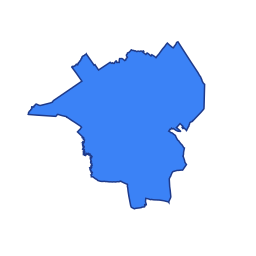 outline of Balint, Timis, Romania, rotated 158°
{"feature_id": "2599482B87339498745971", "entity_name": "Balint", "entity_type": "district", "adm_level": 2, "iso_a3": "ROU", "parent_name": "Romania", "parent_adm1": "Timis", "projection": "mercator", "projection_center": [21.883, 45.829], "detail": "fine", "context": "isolated", "style": "filled", "palette": "blue", "viewbox_px": 256, "rotation_deg": 158, "n_neighbors": 0, "source": "geoboundaries", "source_scale": "gbopen_adm2", "svg_char_len": 5798}
<svg xmlns="http://www.w3.org/2000/svg" viewBox="0 0 256 256"><g transform="rotate(158 128 128)"><path d="M152.3,206.4L152.7,205.9L153.2,205.9L154.1,205.4L154.4,205.4L154.7,205.6L155.8,205.3L156.1,205.8L156.5,206.0L156.9,205.9L157.3,205.5L155.4,198.2L153.2,188.7L186.6,181.4L187.7,180.9L188.4,180.3L188.8,180.3L190.5,180.3L200.8,181.7L201.4,182.0L202.1,182.5L203.8,184.3L204.2,184.6L205.1,184.5L206.0,183.7L206.7,183.7L207.4,183.2L207.5,182.8L208.0,182.9L208.8,183.5L209.3,183.7L209.6,183.3L209.6,182.6L210.0,181.9L211.1,181.6L211.7,180.9L213.1,180.5L214.5,179.4L214.7,179.2L214.9,178.3L215.4,178.1L215.3,177.9L208.1,174.3L190.7,165.9L189.9,166.1L188.4,167.0L187.9,166.9L184.5,164.2L180.8,161.6L180.8,161.0L180.5,161.0L180.1,160.2L179.7,159.7L177.4,156.2L175.5,153.6L171.2,147.3L170.8,146.1L172.1,145.4L172.9,144.7L173.7,144.5L176.3,143.3L173.5,137.0L174.1,136.3L174.0,135.9L173.8,135.8L173.2,136.2L172.8,135.8L172.8,135.1L173.4,134.5L173.6,134.2L172.8,133.1L173.6,132.2L173.8,131.5L174.3,131.6L174.8,132.0L174.8,131.5L175.5,131.4L175.0,131.1L174.8,130.7L175.3,130.5L175.7,130.1L176.0,130.2L176.3,129.9L176.3,129.7L175.8,128.5L175.9,128.3L176.6,128.4L176.6,127.6L176.4,127.3L175.7,127.0L175.8,126.7L176.1,126.6L176.2,126.9L176.5,127.0L176.8,126.5L177.3,126.2L177.0,125.9L177.0,125.6L177.2,125.4L177.9,125.1L177.4,124.6L176.7,124.5L176.6,124.3L177.0,124.0L177.0,123.1L177.7,123.1L177.3,122.6L177.3,122.3L178.1,122.2L177.8,121.1L178.0,121.0L178.3,121.4L178.7,121.4L178.4,120.6L179.2,120.4L179.3,120.1L178.9,120.0L178.6,119.1L178.2,118.8L178.2,119.6L178.1,119.8L177.8,119.6L177.8,119.0L177.4,118.7L177.0,118.8L177.1,119.2L176.7,119.4L176.5,119.7L176.5,119.2L175.6,118.9L175.5,119.1L175.6,119.4L175.2,119.3L175.0,119.9L175.0,119.5L174.6,119.5L174.5,119.1L173.6,119.2L173.9,119.0L174.0,118.8L174.8,118.6L174.8,118.2L174.5,117.7L174.0,117.6L173.7,117.7L173.6,118.2L173.1,118.2L173.1,117.8L173.4,117.5L173.6,117.1L173.6,116.5L173.2,116.2L172.8,116.7L172.5,116.1L172.9,115.7L172.9,115.4L172.1,115.1L172.0,114.4L172.3,114.8L172.6,114.5L173.2,114.8L173.3,114.6L173.3,114.4L173.0,114.2L173.1,113.9L173.3,113.9L174.0,114.5L174.1,114.0L174.4,113.8L174.5,113.2L174.3,111.8L174.8,111.5L175.0,111.2L174.7,110.4L175.3,110.4L175.6,109.9L175.4,108.4L175.0,108.2L175.5,107.5L175.3,106.9L175.5,106.8L176.1,106.9L176.4,106.8L176.4,106.6L176.2,106.3L176.6,106.2L176.5,105.8L176.5,105.2L176.9,105.2L177.1,104.8L177.9,105.5L178.4,105.5L178.4,104.6L178.2,104.5L177.9,104.8L177.8,104.3L177.9,104.2L178.4,104.1L178.6,104.0L178.4,103.6L178.7,102.8L178.3,102.6L178.3,101.8L178.8,101.3L178.7,101.1L177.9,100.6L177.8,100.2L178.6,99.9L178.6,99.5L178.7,99.2L178.8,98.7L180.0,98.4L179.8,97.9L179.9,97.0L180.2,96.8L180.3,96.5L179.6,96.3L178.9,95.9L177.8,94.1L177.1,92.9L176.3,92.2L175.6,90.4L175.6,90.6L175.0,90.1L174.8,90.1L173.8,89.1L172.2,88.2L169.6,87.3L168.8,86.7L167.9,86.4L165.6,85.1L164.5,84.7L162.2,83.6L161.4,83.5L159.8,82.6L158.1,82.3L156.4,81.5L155.1,81.7L154.9,81.3L154.2,81.0L154.2,80.8L152.8,79.2L150.3,76.6L149.6,76.0L149.6,75.9L149.9,75.3L150.6,73.7L150.6,72.8L151.6,69.4L152.7,64.7L154.6,55.0L154.6,53.3L152.4,50.7L150.8,50.6L147.1,49.6L145.3,49.2L144.7,49.4L142.2,48.7L141.3,49.5L141.5,50.3L141.2,50.7L139.8,50.0L139.7,50.3L139.4,53.1L137.9,56.1L135.7,54.7L134.1,53.2L133.1,53.0L131.1,51.8L125.8,49.4L121.8,47.0L118.2,44.3L118.0,43.6L117.7,44.4L117.2,45.0L114.6,47.4L114.0,48.4L112.3,54.1L111.3,58.1L108.8,65.4L107.1,67.0L106.3,67.5L105.6,68.4L103.7,70.2L102.9,70.6L102.3,70.7L98.4,70.3L96.8,69.7L94.3,69.0L93.1,68.5L87.5,72.2L88.1,75.0L87.9,75.7L87.7,77.1L87.5,80.2L87.6,81.2L87.3,81.2L87.1,81.8L86.4,82.8L85.5,84.8L83.2,88.3L83.6,88.7L83.8,89.1L83.9,90.3L84.3,92.3L84.9,93.5L85.3,94.9L85.7,96.3L85.8,97.2L86.5,98.2L86.9,101.9L86.8,102.7L87.0,103.6L87.6,104.6L88.0,105.0L88.2,105.7L88.6,106.2L88.8,106.7L89.3,107.3L90.1,107.7L90.7,109.1L91.4,109.8L89.6,111.1L89.0,110.6L87.7,111.6L86.8,110.3L86.5,110.3L86.1,110.5L84.5,108.0L82.9,106.3L80.7,105.2L80.5,105.3L80.5,105.5L82.9,110.3L82.0,110.6L78.1,112.6L76.5,109.1L76.6,108.9L77.6,108.4L77.3,106.9L77.1,106.9L76.9,107.2L76.7,107.2L76.4,106.9L76.2,107.2L74.7,104.2L74.8,104.0L74.8,103.7L74.5,103.8L74.1,104.4L72.7,105.5L71.6,106.6L71.1,106.7L70.2,108.0L69.6,108.5L69.1,109.3L68.5,109.8L67.9,110.0L66.4,110.0L65.3,110.5L65.3,110.3L54.3,115.3L51.2,116.9L50.4,117.4L49.5,119.3L40.6,139.8L41.2,140.9L41.5,142.1L41.5,142.5L41.6,143.5L41.6,144.8L41.4,145.5L41.6,146.1L41.5,146.6L41.6,147.2L41.5,147.9L42.1,150.5L42.4,153.1L44.9,165.5L49.4,189.2L50.8,189.1L51.3,188.7L52.0,187.8L52.6,187.6L53.4,186.9L54.6,186.4L55.5,185.5L56.1,185.4L56.8,186.3L58.5,189.4L59.7,192.0L61.5,191.1L63.3,189.9L66.4,188.3L71.8,184.9L73.7,184.0L75.7,182.7L76.5,184.3L78.5,187.0L79.7,186.2L81.5,189.5L82.2,190.4L83.9,189.5L85.8,192.8L84.7,193.1L84.8,193.6L85.5,193.5L85.9,193.8L86.4,194.0L87.3,194.6L88.6,194.6L89.4,195.3L90.2,195.6L91.0,195.5L91.3,195.6L92.3,196.8L93.2,197.1L93.6,197.7L95.0,198.4L95.5,199.2L95.9,199.2L96.7,198.6L98.8,197.7L99.3,197.8L100.4,197.7L100.6,197.5L101.0,196.8L102.0,196.4L102.2,196.1L102.4,195.4L102.0,193.9L102.1,193.7L102.3,193.5L103.4,193.3L103.8,192.8L104.3,192.5L104.6,191.9L105.3,191.9L105.6,191.7L105.8,191.7L106.1,192.4L106.7,193.5L107.5,194.6L109.8,195.5L110.5,194.5L111.6,192.1L112.3,192.4L112.6,192.6L113.6,192.8L113.9,193.0L113.7,194.0L113.7,194.4L113.9,194.7L114.9,194.2L115.9,193.8L116.5,193.1L117.2,193.3L118.1,194.3L118.7,194.0L119.1,194.3L119.4,194.6L119.9,195.6L133.6,192.8L134.9,199.1L135.9,198.9L138.9,212.0L138.9,212.4L139.4,212.1L140.5,212.0L141.6,211.5L142.2,211.7L142.8,211.6L144.2,211.0L144.5,210.5L144.8,209.9L145.4,209.8L146.9,208.2L147.8,208.1L148.2,207.5L149.5,207.1L149.8,206.7L149.9,206.3L150.0,206.2L150.4,206.3L150.8,206.2L151.1,205.6L151.5,206.1L151.7,206.4L152.3,206.4Z" fill="#3b82f6" stroke="#1e3a8a" stroke-width="1.5"/></g></svg>